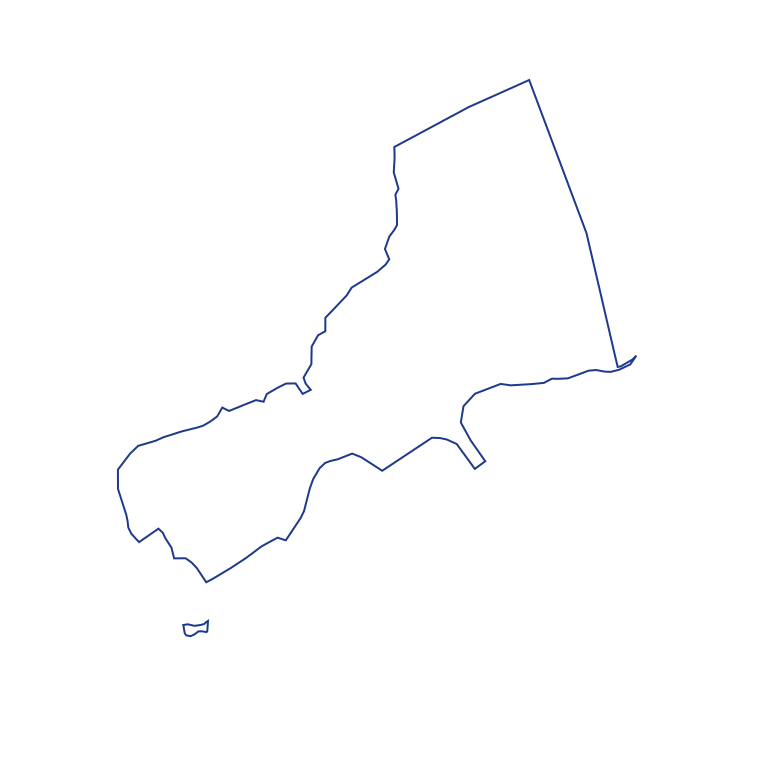 the district of Meyuns, Koror, Palau, rotated 135°
{"feature_id": "81905179B89717668575285", "entity_name": "Meyuns", "entity_type": "district", "adm_level": 2, "iso_a3": "PLW", "parent_name": "Palau", "parent_adm1": "Koror", "projection": "orthographic", "projection_center": [134.46, 7.354], "detail": "fine", "context": "isolated", "style": "outline", "palette": "blue", "viewbox_px": 768, "rotation_deg": 135, "n_neighbors": 0, "source": "geoboundaries", "source_scale": "gbopen_adm2", "svg_char_len": 2122}
<svg xmlns="http://www.w3.org/2000/svg" viewBox="0 0 768 768"><g transform="rotate(135 384 384)"><path d="M227.5,526.7L235.7,511.8L242.1,509.8L245.8,504.9L248.1,502.4L252.0,497.9L257.4,492.3L262.4,487.2L264.8,486.5L267.6,485.7L276.0,484.5L287.9,478.8L292.1,468.5L298.3,467.3L309.4,468.1L338.5,475.0L339.3,474.9L347.9,473.0L368.0,472.5L378.6,472.3L388.2,462.8L396.1,465.1L408.7,461.6L417.4,453.2L421.3,449.4L436.4,445.4L439.1,439.7L439.5,436.3L439.9,431.7L448.5,434.5L447.3,440.8L446.1,446.9L447.9,448.7L453.0,453.6L461.9,456.6L474.0,459.8L480.6,457.1L481.7,456.6L484.2,460.5L485.9,463.1L493.7,466.5L512.6,474.5L514.7,480.7L515.0,481.7L516.5,481.3L524.9,479.0L534.3,480.5L541.5,482.5L544.1,483.8L546.4,485.0L556.9,491.3L561.3,493.9L577.8,502.4L585.7,505.4L601.6,514.1L612.9,514.3L632.7,511.6L646.3,497.9L658.7,473.8L661.1,470.1L662.1,468.6L663.6,466.7L666.3,463.3L668.5,456.9L668.9,449.0L669.0,445.4L645.8,441.2L645.7,438.2L645.6,435.2L646.7,432.2L647.5,430.0L648.2,426.9L650.0,418.6L655.7,409.1L651.0,404.5L647.5,401.1L646.3,393.9L646.5,386.2L649.9,369.5L642.8,367.3L622.8,362.3L605.0,358.6L585.5,355.8L578.9,353.9L567.9,350.6L564.0,342.9L538.0,348.1L530.6,350.6L510.3,362.6L501.4,366.8L495.7,368.3L489.1,370.0L485.6,369.9L481.4,369.8L476.0,367.3L470.5,363.8L468.8,363.0L455.7,357.3L451.8,348.1L446.6,323.9L388.1,312.1L382.7,306.3L378.9,300.5L376.4,293.9L375.0,290.2L379.8,259.7L377.6,259.4L367.0,257.8L362.6,282.9L361.9,285.2L356.9,302.5L351.1,306.6L343.5,312.1L326.6,312.8L301.5,301.6L295.3,293.4L279.5,279.4L273.3,274.3L270.1,271.7L261.4,269.0L257.5,264.8L250.0,258.0L230.0,248.8L224.1,243.9L219.2,236.7L217.9,235.3L215.0,232.2L207.8,227.9L203.4,226.3L200.4,225.3L196.2,223.7L185.5,225.6L191.3,225.7L203.9,229.0L206.7,230.8L198.7,243.8L165.6,296.9L137.2,342.6L134.1,347.6L66.4,496.3L128.2,519.9L209.1,544.3L216.8,536.2L227.5,526.7ZM687.5,337.7L684.9,334.1L683.9,334.1L682.9,334.9L676.0,340.9L678.1,341.4L680.7,341.4L683.8,343.1L684.4,343.5L689.1,347.1L692.7,352.9L696.4,355.5L697.4,354.0L701.1,348.7L701.6,346.1L699.0,342.4L694.8,340.9L690.1,340.3L687.5,337.7Z" fill="none" stroke="#1e3a8a" stroke-width="2"/></g></svg>